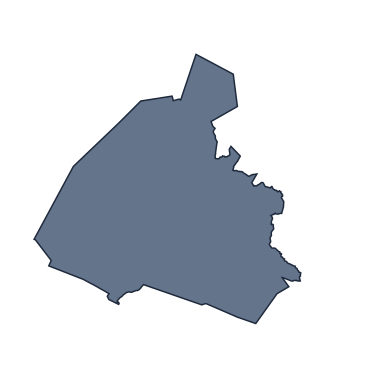 outline of Santiago Laollaga, Oaxaca, Mexico, rotated 110°
{"feature_id": "50627088B88558586177583", "entity_name": "Santiago Laollaga", "entity_type": "district", "adm_level": 2, "iso_a3": "MEX", "parent_name": "Mexico", "parent_adm1": "Oaxaca", "projection": "mercator", "projection_center": [-95.271, 16.634], "detail": "fine", "context": "isolated", "style": "filled", "palette": "slate", "viewbox_px": 384, "rotation_deg": 110, "n_neighbors": 0, "source": "geoboundaries", "source_scale": "gbopen_adm2", "svg_char_len": 4128}
<svg xmlns="http://www.w3.org/2000/svg" viewBox="0 0 384 384"><g transform="rotate(110 192 192)"><path d="M247.9,68.6L241.6,77.9L241.4,76.8L241.6,67.8L241.2,66.8L240.5,66.3L240.1,65.5L239.8,64.6L239.3,63.7L239.6,63.0L239.2,62.0L239.1,61.2L239.0,60.5L238.5,59.8L237.2,60.8L236.3,61.3L235.5,61.9L234.4,61.8L234.0,61.4L233.2,61.7L232.1,61.9L231.5,62.1L230.8,62.1L230.6,62.8L230.8,64.0L230.4,64.5L229.7,64.9L229.5,65.6L229.1,66.3L228.5,66.8L228.0,67.1L228.0,67.6L227.7,68.4L227.7,69.0L227.0,69.5L226.4,69.7L226.6,70.8L226.7,71.9L226.4,72.5L226.3,74.1L226.1,75.6L226.2,76.7L226.1,77.5L225.7,78.6L225.1,79.1L224.9,80.1L225.1,81.2L224.4,82.0L223.3,82.1L223.2,83.9L222.3,84.6L222.4,85.7L221.9,86.6L221.0,86.8L220.1,86.5L219.4,87.0L219.8,87.9L219.7,88.5L218.9,88.6L218.4,88.8L218.2,89.5L218.2,90.4L216.7,93.8L216.4,94.9L216.7,95.9L217.1,96.7L217.3,97.9L216.5,99.1L215.1,101.2L214.4,101.5L213.4,101.4L212.5,101.0L211.4,101.3L210.4,101.8L209.2,102.7L208.1,103.0L206.9,102.7L206.0,102.5L205.2,102.6L204.4,103.2L203.0,103.6L201.4,103.5L199.7,102.8L198.4,102.7L197.3,103.4L196.3,104.1L195.2,104.2L194.8,104.9L194.8,105.4L195.4,105.8L195.4,106.4L194.6,106.7L193.6,107.0L192.7,107.2L191.6,107.4L190.6,107.2L189.3,107.3L188.2,108.1L187.1,109.8L186.5,109.1L185.1,108.0L185.1,107.4L184.3,107.1L183.4,106.5L183.9,105.7L183.5,104.0L183.2,103.3L182.5,102.5L181.7,101.5L181.5,100.4L175.7,100.9L175.0,100.9L169.6,102.5L166.8,106.1L166.2,106.0L165.7,106.2L165.1,105.5L164.8,105.5L164.4,105.7L163.9,105.7L163.5,106.3L163.4,106.7L162.7,107.1L162.5,108.0L162.4,108.2L161.5,108.4L161.6,108.8L161.4,109.3L161.3,109.7L161.0,109.8L160.9,110.1L161.5,110.7L162.0,110.8L162.5,111.8L162.2,112.3L161.6,112.7L161.6,113.3L161.9,114.0L162.0,114.6L161.6,115.0L161.6,116.0L161.4,116.3L161.4,116.8L160.9,117.5L160.5,117.7L160.0,118.4L159.5,118.7L159.6,119.1L160.2,119.5L161.1,119.7L161.4,119.9L161.5,120.6L161.5,121.5L161.5,122.4L161.5,123.4L161.8,124.0L161.9,124.5L161.6,125.3L161.1,125.9L160.4,126.7L160.1,127.1L159.2,128.0L159.0,128.7L159.1,129.6L159.5,130.2L160.6,130.7L161.2,131.2L162.1,131.7L163.0,132.7L163.4,133.0L164.1,133.3L164.4,134.1L164.6,134.7L164.6,135.5L165.2,136.0L162.8,139.0L152.9,137.2L155.2,141.5L157.7,143.7L157.6,145.9L157.1,146.5L156.8,148.4L156.7,149.1L156.5,149.8L156.4,150.2L156.0,151.0L155.8,152.1L155.9,153.0L156.6,153.7L156.4,154.8L156.7,155.3L156.8,155.9L156.7,156.4L156.6,156.9L156.6,157.3L156.7,157.8L157.0,158.3L157.3,159.1L157.6,159.6L157.6,159.9L157.7,160.4L157.6,161.0L157.1,161.1L156.6,161.0L156.1,161.0L155.8,161.2L155.1,161.3L154.5,161.2L154.0,161.5L153.4,161.7L152.7,161.3L151.8,161.0L151.2,160.9L150.2,160.8L149.7,160.4L149.2,160.3L148.2,160.1L147.5,159.7L146.5,159.6L144.4,159.3L143.5,159.2L142.7,158.9L141.7,159.0L135.8,171.0L139.2,171.6L144.1,169.0L145.2,169.9L146.1,170.6L146.6,170.9L147.0,171.2L147.2,171.7L147.2,172.3L147.8,172.9L147.3,173.7L147.6,174.5L147.6,175.6L148.6,175.8L149.3,176.6L149.5,177.4L150.8,177.9L151.6,178.1L151.9,179.1L152.2,179.8L152.4,181.0L152.5,181.7L151.9,181.9L150.7,182.3L149.6,182.9L148.1,182.8L147.1,183.3L137.2,185.4L136.3,185.4L134.9,187.1L134.4,187.7L133.4,188.5L131.9,189.0L131.3,189.3L128.9,192.2L127.0,192.8L124.3,192.1L123.2,194.8L119.2,198.2L109.2,189.7L96.1,178.6L72.1,191.0L67.2,193.5L61.3,235.3L109.4,234.1L109.1,235.9L112.6,240.8L108.7,243.5L124.0,271.2L153.3,284.9L192.5,304.3L208.5,312.2L290.5,324.2L290.5,322.8L304.5,300.9L310.4,301.3L311.3,264.2L312.5,256.0L312.7,254.1L313.0,252.2L313.4,249.8L313.7,247.7L313.8,247.5L314.1,245.7L314.3,244.2L314.4,243.8L314.6,242.4L314.8,241.3L315.2,238.9L315.6,237.1L315.9,235.2L316.7,235.4L319.0,235.9L321.5,233.3L322.7,222.5L322.4,222.4L321.8,222.4L321.1,222.8L320.6,223.7L321.0,224.6L320.5,224.8L319.4,224.9L316.9,223.9L315.6,223.3L314.0,222.1L312.4,221.5L310.8,220.5L310.0,219.9L308.7,219.0L308.3,218.3L308.1,218.1L307.4,217.4L307.4,216.5L307.2,215.6L306.8,214.4L305.7,213.1L304.2,211.4L303.6,210.7L303.2,209.5L302.3,208.6L301.1,207.9L299.8,207.4L297.9,206.8L296.7,206.3L295.6,205.8L294.7,144.2L293.8,143.2L292.3,141.1L292.1,140.0L294.1,106.2L293.8,87.1L258.4,77.3L247.9,68.6Z" fill="#64748b" stroke="#1e293b" stroke-width="1.5"/></g></svg>